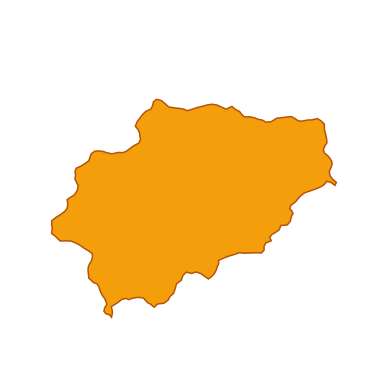 Carmo de Minas, Minas Gerais, Brazil, rotated 73°
{"feature_id": "56859067B32891499548928", "entity_name": "Carmo de Minas", "entity_type": "district", "adm_level": 2, "iso_a3": "BRA", "parent_name": "Brazil", "parent_adm1": "Minas Gerais", "projection": "equal_earth", "projection_center": [-45.157, -22.089], "detail": "fine", "context": "isolated", "style": "filled", "palette": "amber", "viewbox_px": 384, "rotation_deg": 73, "n_neighbors": 0, "source": "geoboundaries", "source_scale": "gbopen_adm2", "svg_char_len": 2595}
<svg xmlns="http://www.w3.org/2000/svg" viewBox="0 0 384 384"><g transform="rotate(73 192 192)"><path d="M227.5,53.4L225.0,51.1L221.1,53.7L217.0,55.2L212.7,54.8L209.2,51.9L206.7,50.1L203.9,49.3L200.6,50.1L197.1,51.5L193.9,53.7L190.3,54.2L186.8,51.5L184.3,48.5L180.2,47.7L175.8,47.3L171.8,47.2L169.1,46.6L165.7,45.6L162.0,47.6L158.5,50.5L158.0,56.6L157.0,60.1L156.4,66.3L154.9,69.7L152.1,71.9L148.9,75.0L147.9,79.8L147.3,83.5L146.2,89.4L147.9,95.6L146.9,100.8L143.6,103.9L142.0,107.2L139.8,110.0L137.0,114.5L135.6,119.8L132.5,121.8L128.9,123.0L125.8,126.3L121.8,128.8L122.8,135.1L119.2,139.2L116.1,142.7L114.0,146.9L113.2,152.3L113.0,158.3L112.7,162.8L112.9,168.1L112.8,173.1L110.5,175.4L108.6,179.1L106.6,183.8L103.8,189.5L99.6,191.9L95.4,194.8L92.9,198.9L94.7,202.7L97.5,204.1L100.6,207.0L101.4,212.7L103.7,217.0L105.7,219.7L108.4,223.5L112.5,227.0L116.2,225.4L120.1,224.9L123.2,225.5L126.6,225.9L129.7,228.6L130.8,234.5L132.3,238.8L133.7,242.2L134.2,246.5L132.7,250.6L132.1,257.4L129.5,262.0L127.4,264.9L125.7,268.5L124.5,272.8L125.9,277.0L128.6,279.3L131.8,281.3L133.3,285.2L134.8,290.7L135.4,295.8L138.4,298.0L142.3,298.5L144.9,300.1L148.6,299.7L152.7,299.0L156.1,300.7L158.5,302.9L160.5,305.8L161.4,309.4L162.8,313.7L167.3,314.3L171.3,316.4L173.2,319.2L174.8,323.1L176.4,329.2L178.4,334.5L182.6,335.9L185.7,336.1L190.6,338.4L194.5,335.5L197.8,333.9L200.4,332.3L201.6,327.6L203.6,322.0L207.2,317.6L210.4,314.5L213.9,311.9L218.2,308.0L221.8,305.4L225.1,306.2L228.2,308.1L231.1,311.3L233.7,313.3L237.2,314.5L240.4,315.1L244.3,315.9L247.1,314.1L249.8,312.7L251.9,309.8L255.1,308.8L259.8,308.8L264.2,308.1L268.0,306.8L271.7,306.2L274.5,306.2L277.3,309.4L280.3,311.1L283.2,309.9L285.3,306.8L288.2,305.6L284.1,303.3L281.3,302.9L278.0,302.7L276.1,295.4L274.2,290.5L274.4,286.5L276.5,283.8L276.2,279.5L277.0,274.3L279.1,269.5L282.1,268.1L284.7,266.9L287.3,264.3L291.1,262.0L289.0,257.4L290.2,251.6L288.4,246.5L285.5,243.6L283.5,239.2L279.4,236.3L275.2,233.6L273.2,228.0L269.1,225.0L267.0,220.8L269.8,216.2L269.7,211.5L272.6,207.4L276.8,204.2L280.0,201.7L278.6,198.1L276.7,194.6L273.8,191.7L270.6,189.6L268.4,187.4L265.3,186.8L264.7,183.0L264.1,176.4L264.1,169.3L263.9,164.4L265.8,159.9L267.2,154.8L268.6,149.3L270.6,143.2L268.6,140.0L265.4,139.2L262.4,136.5L261.8,130.4L258.0,131.0L255.9,127.7L255.1,124.1L253.7,119.9L250.0,116.7L251.4,110.6L248.6,106.4L244.4,104.1L242.1,101.7L239.0,102.1L236.3,103.5L233.5,101.0L231.8,96.2L229.7,92.9L227.8,90.0L225.7,84.9L225.5,78.7L225.2,72.1L224.6,66.8L223.5,63.3L221.2,59.8L223.8,56.0L227.5,53.4Z" fill="#f59e0b" stroke="#b45309" stroke-width="1.5"/></g></svg>